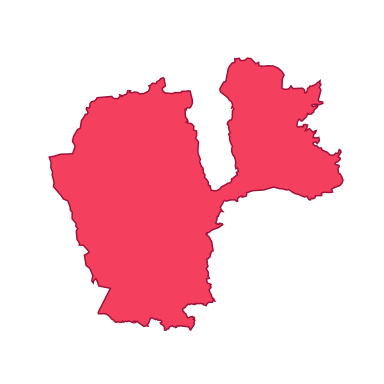 outline of Pano Lefkara, Larnaca, Cyprus, rotated 280°
{"feature_id": "46923920B84753729201746", "entity_name": "Pano Lefkara", "entity_type": "district", "adm_level": 2, "iso_a3": "CYP", "parent_name": "Cyprus", "parent_adm1": "Larnaca", "projection": "natural_earth1", "projection_center": [33.315, 34.87], "detail": "fine", "context": "isolated", "style": "filled", "palette": "rose", "viewbox_px": 384, "rotation_deg": 280, "n_neighbors": 0, "source": "geoboundaries", "source_scale": "gbopen_adm2", "svg_char_len": 6015}
<svg xmlns="http://www.w3.org/2000/svg" viewBox="0 0 384 384"><g transform="rotate(280 192 192)"><path d="M83.3,116.4L83.0,128.4L57.5,120.6L55.9,120.9L57.1,127.7L56.0,131.2L52.9,135.1L52.4,136.6L50.4,139.4L51.2,141.7L51.5,145.5L52.6,145.8L52.0,147.2L53.2,149.0L53.0,150.4L54.0,152.2L53.2,157.2L54.7,157.2L54.7,158.9L53.7,159.0L55.2,160.7L54.3,161.7L51.3,168.0L52.3,170.1L52.3,172.0L54.1,171.0L55.0,172.0L60.1,172.9L61.3,174.2L60.0,178.3L60.8,179.5L59.9,180.4L60.2,183.3L59.4,184.9L58.3,184.5L57.7,183.5L56.8,184.0L55.6,186.8L53.8,188.5L51.2,188.9L51.5,190.4L52.9,191.5L53.0,192.5L55.5,193.5L56.9,195.8L56.2,197.2L56.4,198.8L55.7,199.2L56.2,200.4L57.7,200.6L57.6,202.6L58.5,204.0L58.2,205.6L58.6,211.2L58.3,212.4L56.0,214.1L56.0,214.7L62.2,217.2L63.2,216.6L65.7,217.0L67.0,216.6L67.0,215.7L67.7,216.4L68.9,215.9L68.6,214.9L69.5,214.3L68.8,212.3L67.5,210.4L67.4,209.5L70.9,207.1L71.7,205.4L73.1,204.3L73.3,203.5L75.3,203.2L77.3,205.5L78.7,205.8L81.0,207.8L80.7,209.2L81.9,210.7L81.6,213.9L82.1,214.9L82.7,214.5L83.3,218.6L83.9,219.5L83.6,220.6L83.9,222.6L82.8,222.8L83.0,224.5L82.5,225.6L84.5,226.2L86.3,227.6L87.0,231.4L89.0,231.7L88.7,233.3L90.7,231.8L91.5,230.0L94.3,228.8L96.9,226.6L99.0,225.9L100.7,227.0L101.7,227.2L101.9,226.4L104.3,226.8L105.1,222.8L108.9,221.4L110.0,224.0L111.2,223.2L111.8,222.2L113.1,222.5L116.1,221.8L119.0,219.3L121.6,220.7L124.7,219.0L125.7,219.3L128.3,218.1L129.2,219.6L130.1,219.8L130.9,220.9L133.9,221.1L134.1,220.6L135.2,221.4L136.9,221.5L137.7,223.0L146.3,220.1L150.8,216.5L152.8,213.3L153.8,214.4L154.3,213.7L155.7,216.3L157.9,218.1L161.7,224.4L165.2,227.9L166.0,227.1L166.0,224.7L164.9,224.1L164.7,223.2L165.2,222.8L164.7,221.8L165.8,220.7L168.3,221.3L172.4,221.1L172.5,222.1L175.3,222.5L178.1,223.6L178.1,225.7L179.8,223.7L181.8,222.5L189.4,225.3L189.0,227.6L190.8,231.1L191.7,235.5L190.5,237.8L190.9,238.5L192.6,238.0L194.7,238.6L196.7,241.7L196.0,241.6L195.6,242.4L197.6,246.3L200.8,246.0L203.9,251.7L206.5,262.3L211.1,271.6L210.5,277.6L210.9,281.0L210.4,284.6L211.2,286.9L209.0,291.7L208.3,294.0L208.1,297.3L206.6,303.6L207.8,305.8L204.8,308.5L204.8,310.1L206.5,310.3L206.3,312.2L207.7,314.1L209.8,314.3L211.0,320.3L213.3,319.8L214.5,321.5L215.6,328.5L216.4,330.5L219.0,328.9L220.6,330.6L223.9,336.3L226.8,338.2L229.8,338.6L232.0,337.5L235.4,334.9L236.0,333.1L240.5,331.6L242.5,332.5L243.7,332.3L244.1,328.1L245.7,327.9L247.0,330.2L249.4,332.0L251.0,332.2L252.0,329.8L257.1,331.8L258.8,331.1L259.3,329.6L255.8,329.2L255.3,328.8L255.2,326.8L253.2,325.4L252.5,324.1L252.5,321.2L254.6,318.4L255.9,312.8L257.8,311.8L257.3,309.3L259.1,306.9L258.9,304.9L260.0,303.1L261.3,302.6L261.9,303.2L262.9,305.2L261.4,306.9L264.5,308.5L267.8,307.4L266.7,305.0L266.8,302.8L266.4,302.0L269.7,301.8L271.4,303.1L274.0,303.7L273.4,302.2L272.1,301.7L271.9,300.6L274.7,296.8L273.6,294.7L272.4,294.1L272.0,292.9L273.6,293.7L278.0,294.2L278.1,291.5L277.7,290.2L276.6,289.9L276.2,290.4L275.3,289.9L275.5,287.4L274.2,285.3L275.1,284.0L277.8,283.6L281.3,284.1L282.4,285.1L280.9,287.0L281.3,288.3L286.2,291.7L289.4,292.4L288.8,293.6L289.7,296.3L290.4,296.3L291.6,297.8L294.3,298.1L297.0,300.5L298.5,300.9L298.8,299.7L297.0,296.4L298.2,294.8L299.0,295.2L299.9,298.9L300.1,302.3L302.0,305.4L303.4,305.0L303.1,301.6L304.6,300.4L314.2,301.2L315.4,300.9L317.0,299.2L320.5,300.3L321.0,299.0L323.8,298.8L319.0,294.4L317.0,291.5L316.9,289.8L315.3,289.2L314.2,287.9L312.1,288.0L309.6,287.1L309.2,285.8L312.0,285.1L313.4,282.8L311.4,273.6L313.7,271.0L310.6,269.7L309.8,268.2L309.1,264.5L310.1,262.5L319.1,261.3L323.3,262.4L326.5,259.3L329.1,255.0L330.2,250.0L329.5,245.1L328.1,239.7L327.9,236.1L331.2,235.1L329.3,232.6L333.6,226.8L333.4,223.2L330.8,221.1L330.1,218.3L330.1,216.7L331.9,215.4L330.7,212.1L330.7,211.0L327.2,211.8L326.1,209.2L322.8,207.3L319.5,206.3L306.5,206.1L305.7,204.1L298.7,201.6L296.8,201.9L295.2,203.2L291.0,211.2L289.1,212.7L287.7,215.3L284.8,216.9L281.6,216.5L282.3,217.5L281.7,218.6L280.6,218.7L279.4,217.7L272.3,218.7L269.8,218.4L269.3,216.7L267.1,215.2L265.0,214.9L263.7,216.5L260.5,217.3L257.0,219.4L255.4,218.0L252.9,219.7L251.2,219.6L249.5,220.3L245.8,222.3L244.4,223.8L241.5,223.6L238.5,224.2L234.9,226.4L233.8,228.0L229.1,230.0L225.5,230.1L222.6,231.1L223.5,232.6L220.3,234.2L219.0,232.3L216.7,233.7L214.9,231.7L212.7,230.2L212.1,229.0L211.2,228.6L210.3,229.1L207.8,228.3L206.7,225.3L205.8,224.8L201.9,219.8L199.5,218.6L197.9,216.6L197.2,214.6L197.0,210.5L201.2,208.8L201.4,207.1L204.6,206.3L206.5,204.7L208.5,201.9L211.3,201.7L212.7,200.1L217.5,198.7L218.7,197.0L223.0,194.3L225.7,194.5L231.2,191.2L233.7,190.6L242.4,189.7L245.6,186.2L248.5,186.8L252.8,185.9L253.3,182.8L257.1,182.4L259.2,179.7L259.3,175.0L259.9,174.1L260.6,174.5L260.9,175.7L262.6,174.9L263.8,173.3L265.6,172.3L272.0,170.8L272.0,172.2L273.3,171.8L274.1,172.9L274.4,175.2L275.5,176.0L279.3,177.0L283.0,176.2L291.1,172.6L291.0,170.8L290.0,168.1L289.5,164.6L287.9,163.7L286.9,157.6L285.5,155.8L284.9,148.0L286.8,145.4L289.0,144.8L291.8,147.3L298.7,144.9L299.5,143.6L298.2,141.5L296.1,140.3L294.6,138.3L292.6,137.9L292.2,134.1L290.1,132.9L289.1,131.1L288.0,132.2L285.7,132.3L283.6,131.5L280.4,127.2L280.3,125.6L279.3,123.5L280.6,121.2L280.5,117.9L279.2,115.8L279.2,113.2L280.9,113.9L280.8,111.2L277.0,110.6L275.5,107.9L273.9,106.5L274.8,106.0L275.1,104.0L273.6,104.7L272.5,103.5L271.2,103.1L270.5,99.0L271.2,97.3L272.2,96.4L268.4,82.2L266.2,81.4L264.5,79.8L263.5,77.4L261.7,76.3L258.2,76.5L256.9,76.1L256.8,73.6L255.5,73.4L252.3,75.8L250.3,75.2L250.0,73.4L247.3,72.7L243.2,70.7L235.6,70.9L233.6,68.4L226.2,65.7L221.0,65.5L218.3,68.0L216.6,69.0L208.9,67.8L206.3,55.7L203.1,49.6L201.6,45.4L196.6,48.1L191.6,48.7L187.5,51.2L184.9,51.2L177.6,54.5L173.2,54.6L165.5,64.1L162.8,66.5L161.7,71.3L155.8,74.7L153.0,75.4L151.3,77.5L144.8,78.6L140.8,83.4L138.1,83.5L136.1,85.9L133.4,84.8L125.2,87.1L122.2,90.0L120.2,90.1L120.7,94.3L116.2,100.0L114.6,101.1L111.1,97.0L101.2,100.5L98.9,104.8L92.3,108.9L87.1,108.7L85.3,110.5L87.3,110.5L90.0,112.4L86.1,115.2L83.3,116.4Z" fill="#f43f5e" stroke="#9f1239" stroke-width="1.5"/></g></svg>